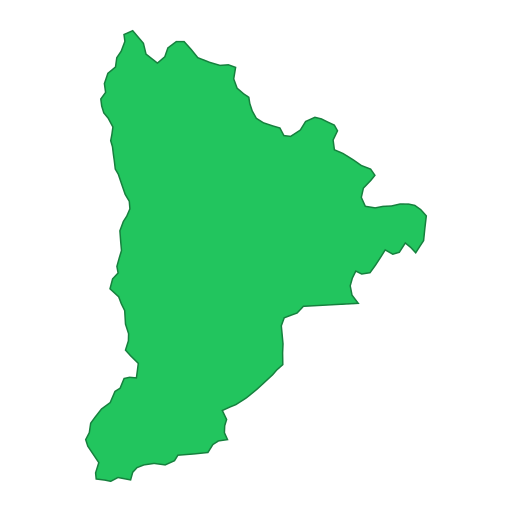 outline of Pontes Gestal, São Paulo, Brazil
{"feature_id": "56859067B2303319496016", "entity_name": "Pontes Gestal", "entity_type": "district", "adm_level": 2, "iso_a3": "BRA", "parent_name": "Brazil", "parent_adm1": "São Paulo", "projection": "albers", "projection_center": [-49.756, -20.178], "detail": "fine", "context": "isolated", "style": "filled", "palette": "green", "viewbox_px": 512, "rotation_deg": 0, "n_neighbors": 0, "source": "geoboundaries", "source_scale": "gbopen_adm2", "svg_char_len": 2101}
<svg xmlns="http://www.w3.org/2000/svg" viewBox="0 0 512 512"><path d="M358.2,303.3L352.0,295.1L350.2,285.8L352.4,278.0L355.8,271.1L361.7,274.0L370.0,272.7L375.5,265.1L381.1,256.5L385.2,249.9L392.8,254.2L399.3,252.3L405.3,243.0L410.9,247.6L415.7,252.8L420.1,245.9L423.6,240.6L424.8,228.8L426.3,215.9L420.7,209.6L414.8,205.4L408.7,204.1L400.1,204.0L391.4,206.0L382.9,206.4L375.2,207.9L365.3,206.3L361.3,197.4L363.4,188.1L370.9,180.3L374.9,175.3L370.6,169.1L361.3,165.5L353.6,160.1L343.0,153.5L334.4,149.8L333.1,140.0L337.5,130.8L334.3,125.1L327.2,121.8L321.4,118.9L314.9,117.3L305.6,121.5L300.3,130.1L290.6,136.4L283.9,135.6L279.9,128.0L272.7,125.9L263.4,122.8L256.3,118.3L252.2,110.9L249.8,103.6L248.8,97.3L243.6,93.8L237.1,88.2L233.7,78.9L235.6,67.4L228.4,64.8L220.0,65.4L209.5,62.3L197.8,57.7L191.2,49.5L184.1,41.6L176.3,41.6L167.9,47.9L164.8,56.8L157.4,63.1L146.0,54.1L143.4,43.3L132.7,30.7L124.0,34.5L124.9,41.4L121.2,51.2L116.8,57.7L115.5,67.0L107.9,73.3L104.4,83.6L105.6,92.4L100.8,99.0L101.7,106.0L103.8,112.9L108.2,118.2L112.9,127.0L111.9,134.4L110.7,140.7L112.5,146.8L113.4,154.4L114.3,160.7L115.3,169.1L118.3,174.2L121.2,182.8L125.2,194.4L129.3,201.3L129.9,208.9L126.8,216.1L123.4,221.4L119.9,230.8L120.7,241.6L121.5,250.5L119.3,257.8L116.9,266.4L118.1,273.0L112.6,278.9L110.0,288.8L118.7,296.8L121.3,303.7L124.7,310.6L125.5,324.1L128.6,333.7L128.4,340.9L125.5,350.1L130.6,355.8L138.3,363.4L137.3,371.3L136.4,377.9L129.6,377.3L124.1,378.5L120.1,388.2L115.0,391.4L110.2,402.6L101.5,409.0L95.0,417.3L90.7,423.2L89.3,432.7L85.7,439.6L87.8,446.2L98.8,462.6L95.6,472.9L96.2,479.0L104.9,480.1L110.7,481.3L118.0,477.5L130.6,479.9L132.7,472.3L137.0,467.6L143.9,464.9L154.1,463.4L165.2,464.9L174.5,460.7L177.9,455.2L194.3,453.9L207.9,452.5L212.9,444.5L218.5,440.9L227.5,439.6L224.4,432.7L224.7,425.7L226.6,419.5L222.3,410.5L230.2,406.9L235.9,404.6L246.3,397.9L252.6,392.8L257.1,389.1L264.9,381.9L272.7,374.7L276.7,370.0L282.8,364.6L282.6,352.8L283.0,343.9L282.2,335.3L281.3,325.8L284.2,317.8L291.3,315.1L297.1,313.0L303.4,306.3L358.2,303.3Z" fill="#22c55e" stroke="#15803d" stroke-width="1.5"/></svg>